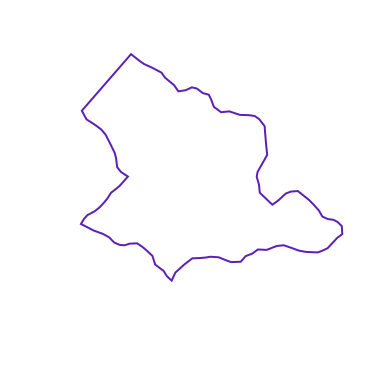 Santa Ernestina, São Paulo, Brazil (orthographic projection), rotated 223°
{"feature_id": "56859067B52620744668787", "entity_name": "Santa Ernestina", "entity_type": "district", "adm_level": 2, "iso_a3": "BRA", "parent_name": "Brazil", "parent_adm1": "São Paulo", "projection": "orthographic", "projection_center": [-48.379, -21.446], "detail": "fine", "context": "isolated", "style": "outline", "palette": "violet", "viewbox_px": 384, "rotation_deg": 223, "n_neighbors": 0, "source": "geoboundaries", "source_scale": "gbopen_adm2", "svg_char_len": 1403}
<svg xmlns="http://www.w3.org/2000/svg" viewBox="0 0 384 384"><g transform="rotate(223 192 192)"><path d="M330.6,251.2L328.0,176.3L318.7,173.2L307.8,175.1L301.3,175.8L294.3,175.0L285.2,171.7L275.2,167.9L270.4,164.8L263.6,159.1L257.3,158.2L249.4,159.6L249.1,147.0L249.7,142.1L250.7,136.3L249.4,129.0L249.1,123.8L249.1,118.0L250.0,111.7L252.7,103.8L252.6,98.4L251.4,92.9L237.5,96.8L228.9,100.5L221.9,102.3L214.3,102.0L208.6,104.1L204.9,107.1L202.5,111.5L197.2,117.0L191.3,118.0L185.9,118.3L177.4,118.3L169.4,113.8L158.9,114.9L153.1,113.3L146.4,113.3L149.2,121.7L148.2,133.7L146.5,143.7L140.9,149.4L137.2,153.5L134.4,157.2L127.9,162.5L121.7,164.8L115.6,167.4L108.8,174.2L109.0,181.8L106.0,187.8L104.6,194.9L97.9,200.6L93.2,210.3L88.6,215.6L81.5,218.8L73.7,222.1L67.7,226.0L63.3,229.7L58.9,233.5L56.7,237.8L54.5,243.3L54.5,249.7L54.5,257.6L53.4,263.7L59.1,269.2L65.0,269.4L69.6,268.1L74.2,264.9L79.9,262.9L86.6,265.0L94.2,265.7L101.0,266.0L115.2,264.9L120.0,259.7L122.4,254.7L123.1,244.8L124.6,237.5L141.9,237.7L148.2,243.2L155.0,247.2L157.7,251.3L162.3,270.4L168.4,275.7L177.4,283.8L183.8,289.7L192.5,291.1L198.1,290.3L202.9,286.9L209.5,281.1L219.7,276.4L225.1,270.2L234.1,269.2L241.3,272.8L246.1,274.6L251.6,271.7L259.0,271.0L263.5,268.4L266.0,262.2L270.6,256.3L277.9,257.9L289.8,257.2L295.7,258.5L306.6,255.5L314.3,252.9L319.0,252.2L330.6,251.2Z" fill="none" stroke="#5b21b6" stroke-width="2"/></g></svg>